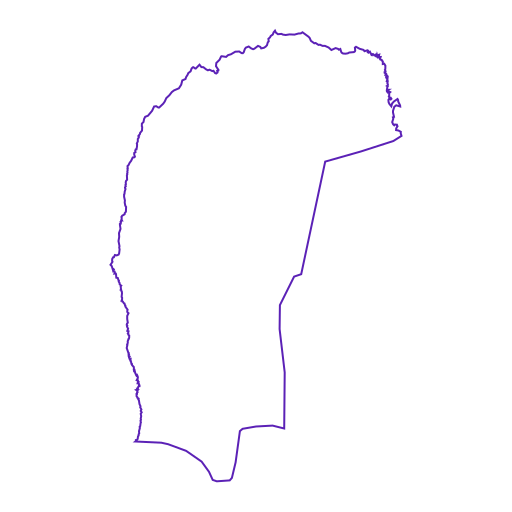 Mitsamiouli-Mboudé, Andjazîdja, Comoros
{"feature_id": "10938185B67203865227918", "entity_name": "Mitsamiouli-Mboudé", "entity_type": "district", "adm_level": 2, "iso_a3": "COM", "parent_name": "Comoros", "parent_adm1": "Andjazîdja", "projection": "equal_earth", "projection_center": [43.317, -11.447], "detail": "fine", "context": "isolated", "style": "outline", "palette": "violet", "viewbox_px": 512, "rotation_deg": 0, "n_neighbors": 0, "source": "geoboundaries", "source_scale": "gbopen_adm2", "svg_char_len": 5931}
<svg xmlns="http://www.w3.org/2000/svg" viewBox="0 0 512 512"><path d="M401.5,135.9L400.7,133.2L400.8,131.8L398.4,130.5L396.1,130.1L396.2,128.4L397.5,126.2L397.0,125.7L396.9,124.7L394.9,124.5L394.2,125.3L393.1,124.3L392.2,122.1L393.3,118.7L392.9,117.3L394.0,116.9L393.0,112.5L393.0,110.9L394.3,106.8L396.2,105.3L400.2,106.5L400.1,105.4L398.2,101.5L398.1,100.0L397.5,99.0L393.9,101.5L392.1,103.5L391.3,106.3L389.3,103.8L388.6,102.2L388.4,99.9L389.2,98.7L390.7,99.5L391.4,98.8L390.6,97.6L389.4,97.4L388.8,96.6L389.2,95.6L389.2,93.0L390.2,92.1L389.1,91.5L387.8,92.5L386.9,91.4L386.9,90.6L388.3,89.8L386.9,89.8L387.4,86.7L387.7,86.3L387.0,85.9L387.7,85.4L387.9,84.3L387.4,83.4L387.6,82.0L386.7,81.3L387.0,80.5L387.6,80.5L387.4,79.5L387.6,77.5L386.5,78.1L386.0,77.0L386.4,76.3L387.0,76.5L387.3,76.0L386.6,75.3L386.5,74.8L385.5,74.8L386.0,73.7L384.6,72.8L384.6,72.2L385.4,72.1L385.6,71.3L384.9,69.9L385.3,69.1L385.4,65.7L384.2,63.7L382.8,64.0L382.8,61.4L382.0,60.7L381.7,59.9L380.4,59.6L379.7,58.6L379.5,58.2L380.3,57.9L380.6,57.0L378.9,57.1L379.0,55.9L378.2,56.4L378.3,55.7L379.0,55.6L379.2,54.7L377.8,55.2L377.4,56.2L377.0,54.9L376.6,56.5L376.3,56.5L375.6,56.0L376.5,54.8L376.5,54.2L375.6,54.6L374.9,55.6L374.1,55.3L373.3,54.2L372.5,54.1L372.0,55.2L371.6,55.1L369.9,51.7L368.5,52.7L367.7,52.2L368.0,50.6L367.5,50.3L364.5,51.2L363.5,49.9L359.7,48.8L356.0,46.8L354.9,47.6L355.2,50.6L354.9,51.4L353.9,52.1L349.3,52.5L347.8,53.3L345.5,53.7L343.0,53.5L341.7,52.7L341.2,51.9L340.3,49.0L338.9,49.7L338.1,48.9L335.6,48.1L331.4,50.0L328.6,47.5L325.0,45.9L322.6,45.9L320.0,44.7L318.5,44.9L315.6,43.0L314.3,43.3L310.9,40.8L309.7,38.0L308.5,36.7L302.5,32.3L300.8,33.4L298.5,33.5L294.5,34.6L289.5,34.4L285.7,35.0L282.9,34.6L281.5,33.9L277.9,34.2L275.8,32.5L275.0,30.7L273.6,32.4L272.8,34.5L270.7,36.0L270.0,37.4L268.4,38.8L268.7,41.4L267.8,42.3L267.0,45.2L265.6,46.7L263.9,47.8L261.2,48.4L260.3,46.9L258.0,45.9L254.4,48.7L253.1,49.2L251.2,48.4L248.7,46.5L245.9,47.6L244.9,48.9L243.7,52.3L242.8,53.2L241.6,53.1L239.2,51.5L235.3,51.7L230.9,54.3L228.1,55.1L226.1,56.9L221.7,56.2L221.1,56.5L219.6,59.7L216.3,63.0L216.0,66.2L218.5,70.0L218.3,70.6L217.2,70.8L217.5,72.5L216.2,73.5L215.1,73.1L213.5,70.8L212.3,71.1L209.5,69.7L207.9,70.3L206.0,69.3L203.4,67.2L201.4,67.1L199.5,64.7L195.8,68.5L195.2,68.5L193.4,67.2L192.8,67.3L191.6,68.5L190.6,71.3L188.2,73.2L187.7,74.6L186.1,77.1L185.5,79.0L182.3,80.4L181.2,84.7L178.9,88.3L174.0,90.4L171.8,92.1L169.4,95.2L166.3,98.1L164.7,101.6L163.2,103.7L159.2,107.5L158.3,107.5L156.2,106.2L154.1,106.5L152.1,110.8L148.0,115.7L145.2,116.8L144.1,118.9L143.5,122.0L141.9,123.6L141.8,126.2L142.2,127.0L142.0,130.6L140.1,132.9L140.0,133.9L139.0,135.2L139.1,135.8L138.4,136.1L138.8,137.5L137.8,139.0L137.8,141.4L136.8,143.5L137.1,144.3L137.0,146.5L136.5,149.3L135.7,149.4L135.2,150.8L135.5,152.2L134.2,153.0L134.2,154.5L134.9,156.7L134.3,157.3L132.7,157.5L131.1,160.9L129.7,162.7L128.4,165.3L127.6,165.9L127.5,166.9L127.8,168.3L127.4,168.8L127.7,170.0L127.3,171.4L127.5,172.7L127.1,173.6L127.3,174.4L126.9,175.2L127.1,179.7L126.0,181.0L125.7,182.4L125.9,184.3L125.4,185.0L125.8,186.3L125.0,187.3L125.0,187.9L125.5,189.0L124.7,191.6L124.5,193.9L124.1,194.4L124.1,196.8L124.9,200.4L124.7,202.6L125.3,205.7L126.1,206.9L125.9,211.7L124.7,213.2L124.6,214.3L122.2,215.7L121.4,217.0L121.7,217.7L121.6,219.7L122.0,220.5L121.1,220.5L121.0,221.8L120.6,221.9L120.8,223.2L120.1,223.7L120.4,224.2L119.9,224.7L120.5,228.9L119.0,233.1L119.2,236.9L118.5,241.1L119.5,246.2L119.2,247.3L119.6,249.5L119.1,253.5L118.6,254.6L116.7,255.4L114.9,255.0L113.9,257.2L113.1,257.3L112.2,259.0L112.1,261.0L112.5,261.8L110.5,264.8L111.7,266.0L112.9,269.8L113.6,269.2L113.9,269.5L113.3,270.6L113.3,271.5L114.6,271.6L114.9,272.8L114.5,273.6L115.7,273.5L116.0,274.0L116.3,277.7L117.8,278.0L118.4,280.1L118.9,280.5L118.7,281.6L119.6,283.0L119.6,284.1L120.6,285.1L120.6,285.7L121.1,285.8L120.7,286.5L121.0,289.2L120.7,289.8L121.2,290.0L121.5,291.3L121.8,291.5L122.0,293.2L121.6,296.9L122.1,297.6L122.1,299.3L121.6,300.7L122.1,300.7L122.3,301.5L122.8,301.6L123.9,303.3L124.5,303.5L125.1,305.6L125.4,305.7L125.5,306.8L127.6,309.7L127.2,311.2L127.5,312.4L128.5,313.2L127.2,315.9L127.2,319.0L127.8,322.7L127.0,323.7L126.7,324.9L127.3,325.6L127.0,326.6L128.1,328.7L127.3,330.9L128.5,331.3L128.2,332.4L128.3,333.4L127.9,333.6L128.6,335.1L129.2,335.5L129.2,337.3L128.9,338.8L128.3,339.2L128.2,340.2L127.7,341.2L127.8,342.8L127.1,344.7L127.4,344.9L126.7,348.0L128.3,352.6L128.8,353.1L128.5,353.9L129.0,354.5L128.6,355.1L128.7,356.1L129.2,356.2L129.1,356.9L129.6,357.0L129.2,357.9L129.7,358.5L129.6,359.0L130.1,359.9L130.5,359.6L130.4,360.5L130.8,360.9L130.7,361.5L131.1,361.9L131.4,363.8L131.9,363.9L132.1,365.2L133.8,367.0L133.9,369.1L134.2,369.5L133.8,369.8L133.9,370.2L134.4,371.0L134.2,371.5L134.5,371.7L134.8,371.2L135.4,373.6L136.4,374.9L136.9,374.7L137.1,375.1L137.0,375.6L136.5,375.7L136.8,376.2L137.7,376.4L137.9,377.9L136.7,380.2L137.0,380.3L137.6,379.6L138.1,381.1L137.9,381.8L138.4,381.9L137.7,383.3L138.8,383.4L139.0,384.6L139.5,385.2L139.5,385.8L138.9,385.6L138.9,386.4L138.2,386.9L137.9,388.4L137.3,388.5L137.7,389.2L136.8,389.6L137.5,389.8L137.0,390.1L137.6,390.3L137.1,391.0L137.6,392.1L137.0,392.8L137.0,393.9L136.5,394.0L136.6,396.3L137.4,397.3L137.4,397.8L138.6,398.6L138.3,399.5L138.9,400.2L139.5,404.1L140.5,406.2L140.2,407.3L141.4,409.5L140.7,410.9L141.7,412.3L140.7,413.8L141.2,416.1L140.7,418.8L141.0,419.8L140.5,420.7L140.9,422.5L140.6,423.0L140.2,426.1L139.6,426.9L139.9,427.9L139.0,431.2L139.2,433.5L138.6,434.3L138.6,435.6L138.0,436.3L137.7,438.9L136.6,440.1L135.9,440.1L135.9,441.1L135.4,441.5L161.3,442.7L168.1,444.2L186.2,450.9L201.6,461.6L209.0,471.8L212.7,479.9L216.8,481.3L229.7,480.4L231.9,477.9L235.6,462.4L239.9,431.1L242.6,428.8L256.0,426.5L272.6,425.6L284.2,428.5L284.7,372.4L279.6,329.1L279.9,305.1L294.1,276.6L301.2,274.2L325.2,161.6L360.8,151.5L393.4,141.0L401.5,135.9Z" fill="none" stroke="#5b21b6" stroke-width="2"/></svg>